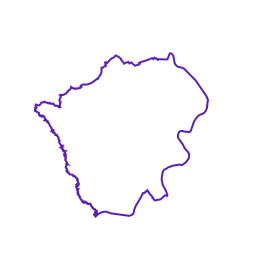 the district of Prasat, Surin, Thailand, rotated 320°
{"feature_id": "78962969B37601114893019", "entity_name": "Prasat", "entity_type": "district", "adm_level": 2, "iso_a3": "THA", "parent_name": "Thailand", "parent_adm1": "Surin", "projection": "equal_earth", "projection_center": [103.326, 14.629], "detail": "fine", "context": "isolated", "style": "outline", "palette": "violet", "viewbox_px": 256, "rotation_deg": 320, "n_neighbors": 0, "source": "geoboundaries", "source_scale": "gbopen_adm2", "svg_char_len": 5601}
<svg xmlns="http://www.w3.org/2000/svg" viewBox="0 0 256 256"><g transform="rotate(320 128 128)"><path d="M46.2,174.9L49.8,174.9L52.1,175.2L54.4,176.0L56.5,177.2L58.0,178.7L59.7,182.0L71.7,195.2L72.5,196.1L75.0,197.0L76.3,197.1L77.5,196.7L79.2,195.7L80.2,194.6L83.8,192.7L91.9,189.9L96.9,187.9L97.6,187.4L98.2,188.1L99.1,188.4L100.1,188.1L100.9,188.4L101.3,188.1L101.6,188.4L101.9,188.2L102.4,188.5L102.7,188.3L102.6,191.2L102.2,192.1L102.4,195.0L102.3,197.3L101.9,197.4L102.1,198.3L101.9,198.9L102.0,200.7L102.7,201.3L103.5,201.5L107.0,203.6L112.9,203.3L113.8,204.1L114.1,205.1L115.1,204.7L116.8,200.2L118.0,193.9L120.4,189.5L122.0,187.7L126.1,184.2L127.3,183.7L128.5,183.3L129.5,183.3L131.0,183.8L133.2,183.9L137.7,185.5L143.5,188.8L144.2,189.4L145.2,190.9L145.8,191.2L150.6,191.5L155.2,190.2L157.1,188.4L158.0,187.2L158.3,186.4L158.5,184.9L158.4,179.9L159.4,176.0L159.8,170.2L160.3,167.4L161.1,166.1L163.3,164.5L164.9,163.8L166.6,164.2L168.0,165.4L168.1,166.1L168.4,166.1L170.0,168.3L171.2,169.0L171.6,169.6L171.8,170.2L172.0,170.1L172.5,170.5L173.1,170.7L173.9,170.7L182.9,165.4L186.5,164.3L190.7,163.9L195.4,165.3L196.7,165.3L198.7,164.8L201.3,163.5L202.9,161.6L203.3,161.7L203.4,161.4L205.7,159.2L207.1,158.3L208.4,154.6L208.8,151.6L210.4,135.0L209.1,119.1L208.3,116.8L205.7,113.3L205.2,111.7L205.1,109.7L205.7,107.8L208.8,102.4L209.2,101.5L209.3,99.8L208.8,98.3L208.1,97.8L207.3,98.0L202.9,100.5L201.9,100.5L195.5,94.8L194.6,95.0L194.3,92.8L193.8,92.6L193.6,91.3L191.6,91.5L191.6,90.3L190.0,89.4L187.4,88.8L186.6,88.2L184.8,87.8L180.0,85.6L179.4,85.9L178.3,85.3L178.1,86.3L177.8,86.6L173.4,84.8L172.9,82.0L172.8,80.1L170.6,79.5L170.8,77.5L169.0,77.0L168.3,76.5L166.4,76.3L166.5,73.6L166.7,71.2L167.0,71.1L167.0,70.3L166.9,70.2L166.8,68.3L166.6,68.1L166.4,67.0L165.1,64.4L163.1,64.9L160.3,64.2L158.6,64.2L154.0,64.8L153.8,64.8L153.5,63.4L152.5,63.1L152.0,64.5L151.5,64.8L151.4,65.6L151.1,65.7L151.0,66.1L149.5,65.6L147.9,65.7L146.5,64.8L143.7,68.1L141.1,69.5L137.3,70.5L136.6,71.0L135.9,70.5L129.5,70.1L126.6,69.3L124.0,68.0L121.7,65.9L120.7,65.4L120.0,65.6L119.0,65.2L118.7,66.5L118.1,66.3L117.4,66.6L116.6,65.9L116.4,66.3L114.4,65.3L114.0,64.6L114.0,64.3L113.0,63.9L112.6,64.1L112.2,63.1L111.6,62.7L111.5,62.1L111.0,61.5L111.0,60.4L110.8,59.9L110.1,60.6L108.4,61.3L105.6,61.0L105.4,61.6L103.0,61.5L102.4,61.9L100.7,61.2L99.2,60.9L97.7,59.3L96.9,59.0L96.6,61.0L93.5,62.3L93.0,63.3L93.1,64.4L92.7,64.6L92.8,65.1L91.7,65.4L90.9,66.4L89.9,67.1L89.9,67.4L89.3,67.5L89.3,67.8L89.0,67.5L88.7,68.0L88.3,67.6L88.5,66.2L88.0,65.9L87.9,65.3L87.3,64.7L86.8,64.6L86.6,64.3L86.7,64.0L86.4,63.6L86.4,61.8L86.2,61.9L86.1,61.2L85.6,60.9L85.5,60.5L85.0,60.4L84.2,59.6L84.1,58.2L83.1,58.2L82.6,57.6L82.6,57.0L81.7,56.0L81.4,55.1L81.1,55.0L81.1,54.3L80.8,54.1L80.6,54.3L80.5,54.1L79.6,53.9L79.0,53.2L78.6,53.3L78.0,52.8L76.4,53.5L74.4,53.6L73.6,52.8L72.7,50.9L71.8,51.1L71.4,51.8L71.0,53.7L70.3,53.9L70.2,53.6L70.3,53.0L69.6,53.0L68.3,54.7L67.9,54.8L67.7,55.4L68.5,55.9L68.6,57.2L69.5,58.9L69.4,59.1L69.1,59.0L68.7,59.8L68.9,60.1L68.2,60.9L68.2,61.7L68.8,62.9L69.2,62.7L69.0,61.8L69.5,62.4L69.9,63.0L69.6,64.0L70.8,64.0L71.2,64.5L70.8,65.2L71.0,66.3L70.5,66.7L70.5,69.0L70.1,68.4L68.9,68.5L69.1,68.8L70.3,69.9L70.9,71.2L70.5,71.8L70.1,71.2L69.9,71.5L70.1,72.0L70.1,72.6L70.5,73.1L69.5,76.4L69.6,78.4L68.8,79.4L69.4,81.3L69.4,82.2L68.9,82.3L68.4,81.9L68.3,81.0L68.2,80.9L67.3,81.2L67.9,82.1L67.5,83.0L67.9,83.8L68.5,83.8L68.7,84.5L68.1,86.2L67.8,86.5L68.3,87.6L68.9,87.2L69.1,87.5L68.7,88.2L68.8,88.8L68.5,90.9L67.8,91.3L67.4,92.8L67.5,93.9L66.2,94.4L66.0,94.8L65.5,98.1L65.9,98.6L65.6,98.5L65.4,99.1L65.2,99.2L65.2,99.6L65.6,99.6L65.8,100.1L63.9,99.8L64.6,101.2L64.3,101.6L64.1,101.5L64.0,102.2L64.4,101.9L64.6,102.1L64.4,103.4L63.9,103.9L64.4,104.0L64.2,104.6L64.6,105.1L64.5,105.4L65.1,105.7L64.4,105.9L63.9,106.7L63.7,106.2L63.5,106.6L62.4,106.8L62.4,107.0L63.0,107.5L62.7,107.8L63.0,108.3L62.6,108.4L62.9,108.8L62.3,109.6L61.9,109.1L61.6,109.2L61.3,108.9L61.1,110.6L60.7,111.0L60.8,111.6L60.2,111.8L60.0,111.6L59.4,112.1L59.0,114.5L59.2,115.0L58.4,116.1L58.5,116.9L58.2,116.5L57.3,116.7L57.1,116.4L56.5,117.6L55.1,117.8L54.6,119.4L54.9,120.6L54.4,121.2L54.0,120.9L53.8,121.0L53.8,121.5L53.3,121.7L53.6,122.1L53.3,122.9L53.6,123.2L53.2,123.3L53.4,123.8L53.3,124.2L53.8,125.0L53.6,126.2L54.1,126.6L54.5,127.3L55.3,127.7L55.5,128.6L55.2,129.4L56.1,130.1L56.1,130.4L55.8,130.2L55.6,130.5L56.3,131.2L56.4,131.8L56.1,132.6L56.8,133.9L56.5,134.6L55.9,134.8L56.0,135.2L55.6,135.4L55.8,135.7L55.3,136.1L55.4,136.6L55.1,137.5L54.4,138.0L54.4,138.9L53.8,138.7L53.8,138.1L53.0,138.1L52.8,138.5L53.0,139.1L52.1,138.6L52.2,139.4L51.9,139.3L51.8,139.8L51.5,139.5L50.8,139.8L50.5,139.6L50.1,140.4L50.4,141.9L49.9,142.4L50.6,142.9L49.8,143.3L49.8,143.0L49.5,142.7L49.3,143.0L49.1,142.9L48.9,143.8L49.0,144.1L48.7,144.7L48.5,144.4L48.1,144.6L47.5,145.7L47.6,146.3L46.9,146.2L46.8,146.6L47.2,147.8L47.0,148.3L47.2,148.6L46.9,149.0L46.9,149.6L46.7,149.6L46.6,149.9L46.4,149.9L46.1,151.7L46.4,153.0L45.8,153.5L46.0,153.8L46.1,154.5L45.6,155.6L46.0,156.5L46.4,156.5L46.6,155.7L47.2,155.9L47.7,156.9L47.2,157.2L47.7,157.3L47.7,158.0L48.1,158.2L47.9,158.8L48.0,159.5L48.6,159.5L48.3,160.2L48.8,160.8L49.1,160.8L49.6,161.5L50.4,161.6L50.4,162.6L50.0,162.9L50.0,163.5L49.8,163.7L49.9,165.0L49.6,165.1L49.5,166.0L49.8,165.9L49.8,168.4L50.2,168.5L50.4,168.8L50.4,169.4L50.1,169.5L50.0,170.0L50.4,171.2L50.8,171.3L50.3,172.0L50.2,172.5L49.8,172.8L49.8,172.3L49.2,172.5L48.6,171.8L48.4,172.6L48.1,172.1L47.0,172.3L47.1,172.6L46.7,172.7L46.9,173.0L46.1,173.5L46.3,174.5L46.2,174.9Z" fill="none" stroke="#5b21b6" stroke-width="2"/></g></svg>